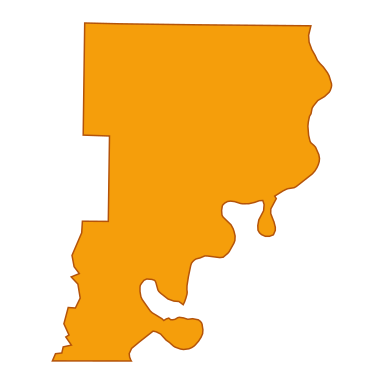 Phillips, Arkansas, United States of America (Equal Earth projection)
{"feature_id": "52423323B7472749595525", "entity_name": "Phillips", "entity_type": "district", "adm_level": 2, "iso_a3": "USA", "parent_name": "United States of America", "parent_adm1": "Arkansas", "projection": "equal_earth", "projection_center": [-90.79, 34.382], "detail": "fine", "context": "isolated", "style": "filled", "palette": "amber", "viewbox_px": 384, "rotation_deg": 0, "n_neighbors": 0, "source": "geoboundaries", "source_scale": "gbopen_adm2", "svg_char_len": 2348}
<svg xmlns="http://www.w3.org/2000/svg" viewBox="0 0 384 384"><path d="M310.9,25.8L196.3,24.8L119.3,23.8L84.7,23.0L83.2,135.1L109.5,136.0L108.3,221.4L82.4,221.2L81.7,232.8L72.0,255.4L74.1,266.7L79.3,273.6L71.2,276.9L77.9,284.1L80.2,298.1L75.4,308.0L68.2,307.5L63.9,323.8L69.0,335.0L65.8,337.0L71.4,345.1L63.2,346.9L61.8,353.0L55.5,353.7L52.4,360.9L131.3,361.0L130.8,360.2L129.6,357.0L129.2,353.6L131.6,348.4L139.5,341.8L153.1,331.1L156.2,331.8L160.6,334.0L166.1,340.1L169.1,342.2L173.5,346.1L175.1,347.1L180.4,349.0L183.5,349.5L188.9,348.8L191.7,347.6L193.9,346.2L195.4,344.8L198.6,341.1L201.1,337.2L202.6,333.7L202.9,329.8L202.1,324.4L201.5,322.8L200.3,321.3L198.3,319.8L192.6,318.7L187.8,319.3L183.5,317.9L179.4,317.3L177.7,317.7L175.1,319.3L172.6,319.8L170.6,319.7L168.8,318.1L166.3,318.9L163.8,320.5L161.9,318.7L152.2,312.8L150.2,310.9L142.1,299.4L140.9,296.7L140.0,291.5L140.0,287.0L140.3,285.3L141.7,283.1L143.9,280.3L146.7,279.0L151.9,279.4L154.5,280.3L155.1,280.9L155.9,282.6L157.9,289.9L158.8,291.4L160.6,293.2L168.0,299.0L173.9,301.1L178.9,301.5L180.8,302.9L183.2,304.7L184.6,301.8L185.9,298.1L187.0,294.1L187.2,292.1L186.9,289.6L187.0,285.7L188.4,276.7L190.7,265.6L191.5,263.2L192.7,261.6L194.5,259.9L196.2,258.9L200.1,257.9L204.9,255.9L207.5,256.0L219.8,257.6L223.2,257.2L228.0,253.1L229.2,251.6L233.9,243.2L234.9,240.5L235.1,236.0L234.1,231.7L233.1,228.7L231.0,224.8L223.2,217.2L222.2,215.6L221.9,214.6L221.6,210.4L222.3,206.0L222.9,204.8L224.7,203.1L227.5,201.5L230.5,201.1L234.6,201.6L240.6,203.5L242.7,203.8L248.9,203.7L254.6,202.4L259.3,200.7L262.8,200.5L263.4,202.3L264.1,204.6L263.6,210.7L258.8,219.9L257.8,225.6L258.0,230.2L259.5,232.8L261.5,234.6L265.3,236.3L269.5,236.3L273.4,234.8L274.6,232.0L275.3,230.4L275.3,227.2L273.9,221.7L273.6,221.1L270.7,213.5L270.8,208.9L276.3,198.6L274.7,196.1L283.0,190.9L286.2,189.3L287.8,188.7L294.1,187.7L296.3,186.5L312.4,173.8L315.0,170.8L317.0,167.5L318.3,164.6L319.2,161.6L319.5,158.5L318.8,154.6L315.6,147.3L314.2,145.7L310.9,142.8L310.0,141.2L308.6,135.3L307.9,126.2L308.3,122.1L309.0,118.6L309.5,116.3L311.0,113.8L312.1,108.2L313.4,106.0L317.8,100.5L324.6,96.5L329.2,92.2L330.2,90.5L331.3,87.4L331.6,85.6L331.5,83.8L329.1,75.9L327.5,72.8L323.4,67.1L319.9,63.5L317.4,60.4L315.1,55.4L311.8,49.6L309.1,42.2L308.6,35.3L310.9,25.8Z" fill="#f59e0b" stroke="#b45309" stroke-width="1.5"/></svg>